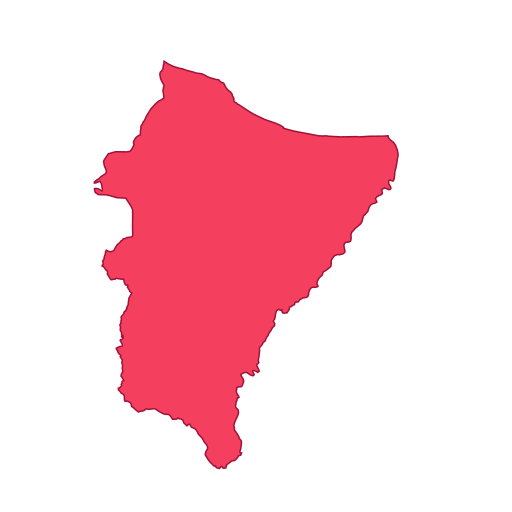 outline of Beloha, Androy, Madagascar, rotated 172°
{"feature_id": "10022922B63714971659336", "entity_name": "Beloha", "entity_type": "district", "adm_level": 2, "iso_a3": "MDG", "parent_name": "Madagascar", "parent_adm1": "Androy", "projection": "natural_earth1", "projection_center": [45.029, -25.05], "detail": "fine", "context": "isolated", "style": "filled", "palette": "rose", "viewbox_px": 512, "rotation_deg": 172, "n_neighbors": 0, "source": "geoboundaries", "source_scale": "gbopen_adm2", "svg_char_len": 6116}
<svg xmlns="http://www.w3.org/2000/svg" viewBox="0 0 512 512"><g transform="rotate(172 256 256)"><path d="M108.5,356.7L112.5,356.9L127.1,358.8L137.4,359.6L139.5,360.2L155.7,362.2L168.3,364.7L169.4,365.2L173.6,365.6L177.2,366.3L194.6,372.2L201.5,374.6L209.3,377.9L210.9,378.7L211.3,379.2L211.0,379.6L211.5,380.2L214.2,382.4L218.2,384.8L228.2,389.9L237.9,396.3L242.4,399.8L252.1,408.4L253.1,408.9L254.1,410.4L255.6,411.3L256.3,412.7L256.4,413.6L256.0,414.5L256.0,415.2L257.0,418.0L257.2,419.7L258.6,422.3L259.4,422.8L261.7,425.7L263.1,428.9L263.4,430.6L264.0,431.2L264.1,431.8L266.2,432.9L267.6,434.3L268.4,435.7L271.1,436.4L276.8,439.0L279.3,440.4L281.2,442.0L284.3,444.0L290.7,445.8L291.6,446.5L300.2,450.1L302.1,451.3L306.7,453.0L311.0,455.0L315.8,458.1L319.9,461.7L320.3,460.4L320.4,459.2L321.2,457.8L322.0,454.6L323.8,452.2L325.0,451.6L326.0,449.4L325.8,444.9L325.1,442.5L323.3,437.8L323.9,435.8L324.4,435.4L324.5,434.3L325.1,433.2L325.1,425.3L328.9,423.5L331.0,422.9L334.3,420.7L339.5,416.4L345.0,409.9L347.6,405.7L349.2,404.3L350.0,402.6L351.5,401.2L352.2,399.2L352.2,398.0L353.1,395.9L353.6,392.1L355.6,391.6L358.2,390.2L359.3,389.1L361.5,386.0L361.5,383.9L361.2,383.3L363.6,379.8L366.0,377.2L369.5,377.1L380.4,378.8L388.0,377.8L393.1,372.1L393.8,370.8L393.6,366.2L392.5,362.2L392.5,359.6L393.9,358.3L398.1,356.4L401.2,354.1L402.7,353.7L405.7,351.9L405.9,350.7L403.8,350.8L400.3,351.7L399.9,351.3L399.2,349.7L398.8,346.9L399.0,345.5L398.7,344.8L398.9,343.3L399.5,341.9L403.2,344.7L405.7,345.3L406.7,345.1L406.3,341.2L403.5,338.7L396.2,337.5L392.5,336.2L385.7,333.1L376.9,331.4L372.9,322.8L371.8,319.4L372.3,314.3L374.1,302.8L375.2,293.5L375.9,292.6L377.0,292.1L381.0,292.3L382.7,291.6L385.1,291.5L385.7,290.6L387.8,289.6L389.1,288.1L391.5,286.8L393.4,284.8L396.2,281.0L398.6,280.5L400.2,280.7L401.8,281.4L403.4,282.6L404.5,281.1L404.9,279.0L406.3,276.4L407.1,273.8L408.5,272.5L408.4,269.1L409.8,268.0L409.8,267.4L408.5,266.7L406.6,263.2L405.3,261.6L405.2,260.9L405.8,258.9L403.1,252.9L402.1,252.5L400.3,252.9L399.1,252.5L397.6,253.4L392.0,251.6L390.8,251.8L390.3,251.6L390.1,248.3L389.4,245.9L389.0,245.3L387.1,245.1L387.0,244.4L387.7,242.9L386.6,241.0L385.8,238.2L384.1,236.6L387.5,232.3L388.5,229.3L389.4,225.5L391.3,222.8L391.4,222.3L391.1,222.0L392.5,220.5L392.9,219.5L393.6,219.6L394.2,219.2L395.7,216.4L397.4,215.2L398.2,214.0L398.0,212.2L398.7,210.8L398.8,209.5L399.3,208.8L399.2,208.0L400.4,206.8L400.1,204.2L400.8,201.5L399.9,199.3L400.0,196.1L400.4,194.8L399.6,194.0L398.8,195.2L398.6,194.4L399.3,192.8L400.4,192.2L401.5,192.1L402.3,191.5L400.8,187.3L400.7,186.3L401.1,185.6L401.8,185.3L403.7,185.3L407.2,184.2L407.1,182.6L406.0,181.6L406.2,180.6L405.9,179.5L405.2,178.1L403.7,176.4L404.5,175.1L402.9,171.8L403.1,170.6L403.8,168.8L403.4,167.4L403.3,166.1L404.1,163.6L403.9,160.0L404.8,159.1L406.0,157.3L406.4,155.7L405.6,154.5L404.2,151.2L406.1,150.4L406.4,148.8L407.3,147.7L407.1,146.8L407.3,146.2L409.3,144.5L410.7,144.3L410.9,142.7L410.1,141.7L408.4,138.7L406.8,137.7L405.9,136.0L406.3,131.6L405.9,130.3L403.7,130.2L401.3,128.6L400.2,126.9L400.1,126.2L400.4,125.2L400.0,124.2L398.3,122.6L397.7,121.7L394.2,117.9L391.2,118.5L390.2,118.2L388.2,118.6L387.0,119.4L385.5,119.9L383.7,119.1L378.0,118.9L376.8,118.4L373.9,115.7L369.8,112.7L368.0,111.9L364.8,111.3L364.0,110.7L363.1,109.6L361.3,105.9L357.2,105.5L356.1,106.4L354.6,105.5L352.9,105.0L351.2,103.5L350.7,100.8L348.0,97.4L346.2,98.7L344.9,98.7L344.7,97.6L343.6,95.3L341.2,94.0L339.9,92.8L338.9,90.9L337.7,87.3L334.6,83.1L333.2,79.2L331.0,75.5L330.6,73.6L330.7,72.4L331.2,71.3L332.7,69.5L333.6,67.7L333.9,66.1L331.5,60.5L329.5,57.4L326.6,53.7L325.3,53.6L325.0,52.5L324.2,51.6L321.7,50.7L319.8,52.5L319.1,52.3L318.2,50.7L317.6,50.3L315.2,50.4L314.7,52.3L313.7,53.5L308.5,56.4L306.2,56.4L304.7,56.9L302.2,59.1L301.2,60.5L298.7,61.0L297.7,63.0L298.7,63.2L299.3,64.3L298.1,66.9L297.0,70.5L296.3,73.5L296.4,75.0L297.0,76.5L297.9,77.3L298.1,79.3L299.7,83.2L301.3,86.1L301.6,87.3L301.3,88.7L301.6,91.2L300.0,94.8L296.9,99.5L295.4,102.3L295.0,104.2L295.1,106.0L295.7,107.0L297.0,108.5L297.2,110.1L295.8,114.7L295.0,115.4L294.6,117.5L293.7,118.2L292.9,118.0L292.5,118.4L292.8,119.8L294.1,122.5L294.2,123.6L294.2,125.4L293.6,126.6L293.4,128.4L292.5,128.8L288.4,128.7L287.3,130.2L285.7,133.2L285.6,134.1L285.8,135.8L287.4,139.6L287.3,141.0L284.3,142.1L281.6,142.1L278.3,139.2L276.9,138.3L275.5,137.8L274.6,138.3L274.3,139.1L275.3,141.6L275.3,142.5L275.0,142.9L274.2,143.0L272.0,141.9L270.6,140.5L269.0,141.3L268.8,142.1L270.6,147.7L270.4,148.2L268.8,149.3L268.0,150.3L268.3,152.6L267.4,155.0L265.8,160.7L265.4,164.2L265.0,165.0L262.4,167.2L260.8,169.4L258.7,170.6L257.2,173.6L255.3,175.3L253.7,178.1L252.2,179.4L249.5,182.9L247.3,184.4L246.9,186.5L247.6,188.1L247.8,189.3L246.1,191.3L244.3,197.0L243.0,199.2L240.9,200.0L239.4,198.8L238.0,199.3L237.8,199.1L238.0,197.2L237.5,196.0L236.3,195.5L233.2,195.4L230.5,198.5L230.0,200.6L229.4,200.9L228.1,201.0L226.2,202.2L224.7,202.4L223.8,204.6L223.3,204.8L220.8,204.6L218.5,206.7L215.2,208.0L212.8,207.9L210.4,208.5L209.4,210.2L208.9,212.3L208.2,214.0L206.9,215.8L205.7,216.8L204.7,217.2L201.3,216.7L199.0,217.1L198.8,218.3L199.5,219.4L199.5,220.4L198.5,222.9L196.3,225.7L193.5,227.5L192.9,228.2L192.0,230.3L191.4,230.9L187.9,232.4L183.4,235.2L182.5,238.1L182.4,240.0L181.5,242.2L178.4,245.3L175.1,246.1L173.3,245.6L169.7,246.0L168.8,246.4L167.7,247.3L167.4,247.7L167.2,249.1L167.6,253.3L167.0,255.5L166.7,256.0L164.9,257.2L162.3,256.9L160.3,257.5L159.4,260.0L158.9,264.3L158.1,265.9L154.1,269.3L147.7,273.4L146.3,275.3L144.1,280.6L141.9,282.1L139.0,284.7L137.1,288.7L135.7,290.3L133.6,291.5L130.7,291.8L129.0,292.4L128.8,292.8L129.6,295.5L129.6,296.4L127.8,298.0L123.3,299.4L122.3,300.1L122.1,301.3L122.3,303.7L122.1,304.4L121.1,304.9L118.8,305.4L115.4,303.3L114.2,303.1L113.4,303.6L113.0,304.2L113.0,305.5L114.5,309.4L114.3,311.0L113.8,312.2L113.0,312.7L110.0,311.1L108.8,312.4L107.7,315.8L106.6,320.7L105.7,322.5L104.1,326.9L102.4,332.8L101.6,334.8L101.1,337.1L101.3,341.3L102.5,346.5L104.1,349.5L106.6,351.9L107.8,353.7L108.4,355.1L108.5,356.7Z" fill="#f43f5e" stroke="#9f1239" stroke-width="1.5"/></g></svg>